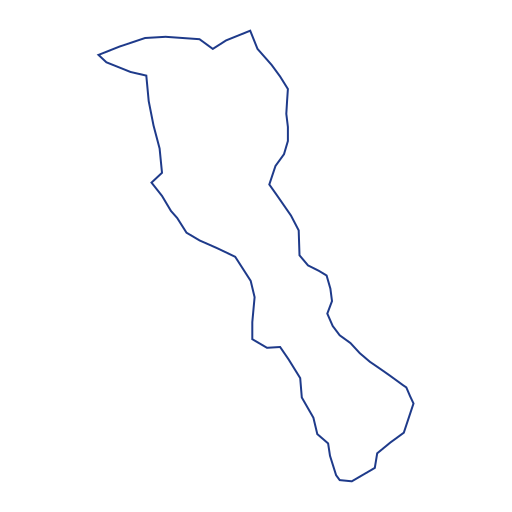 the district of Voni, Cyprus
{"feature_id": "46923920B56038902330980", "entity_name": "Voni", "entity_type": "district", "adm_level": 2, "iso_a3": "CYP", "parent_name": "Cyprus", "parent_adm1": "", "projection": "albers", "projection_center": [33.505, 35.215], "detail": "fine", "context": "isolated", "style": "outline", "palette": "blue", "viewbox_px": 512, "rotation_deg": 0, "n_neighbors": 0, "source": "geoboundaries", "source_scale": "gbopen_adm2", "svg_char_len": 1035}
<svg xmlns="http://www.w3.org/2000/svg" viewBox="0 0 512 512"><path d="M151.5,182.6L162.0,195.9L171.0,211.0L177.2,218.0L186.5,232.7L199.7,240.5L217.4,248.3L235.2,256.8L250.7,280.9L254.6,297.2L252.3,322.1L252.3,339.2L267.0,347.8L280.1,347.0L288.6,359.4L300.2,378.1L301.8,397.5L313.4,417.7L317.3,434.1L328.1,443.4L330.0,455.8L336.1,475.2L339.7,480.1L351.8,481.3L374.8,467.9L377.2,453.3L390.5,442.4L403.8,432.7L413.5,403.5L409.9,395.8L409.1,393.9L406.3,387.4L402.9,385.1L390.0,375.7L380.0,368.7L369.9,361.8L359.8,353.2L350.5,343.1L339.7,335.3L332.7,326.0L327.3,313.6L332.0,301.1L330.4,288.7L326.6,275.5L318.8,270.8L308.0,265.4L299.5,255.3L298.7,230.4L291.0,215.6L277.0,195.4L269.3,184.5L275.5,165.9L284.0,154.2L287.9,141.0L287.9,127.0L286.3,113.8L287.1,100.6L287.9,89.0L280.1,76.5L271.6,64.9L257.5,48.9L250.2,30.7L226.1,40.4L212.8,48.9L199.5,39.2L165.6,36.8L145.1,38.0L119.7,46.5L98.5,54.9L106.4,62.3L130.6,72.0L146.3,75.6L148.7,101.1L153.5,125.4L159.6,148.5L162.0,172.8L151.5,182.6Z" fill="none" stroke="#1e3a8a" stroke-width="2"/></svg>